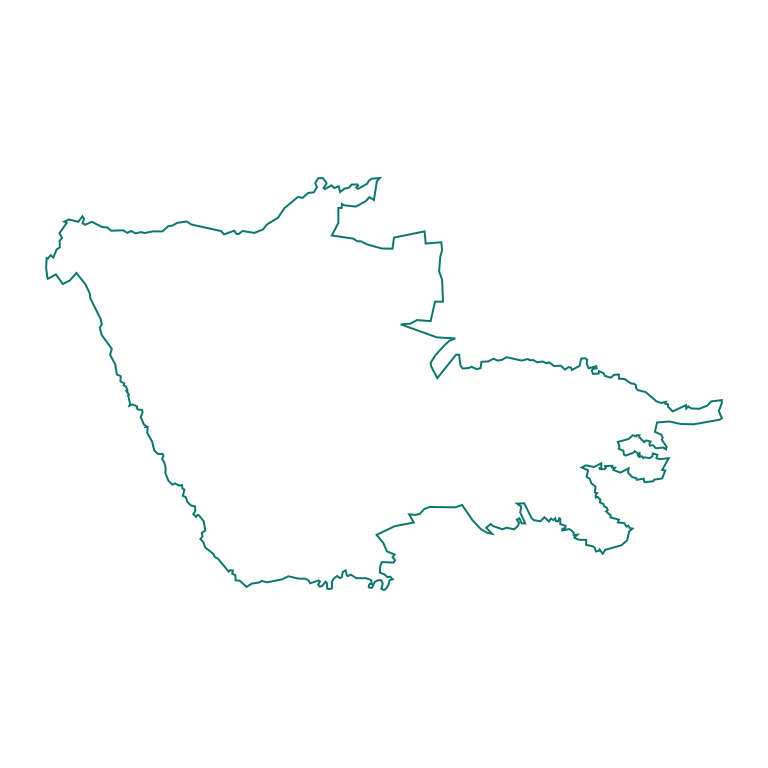 outline of Paso del Macho, Veracruz, Mexico
{"feature_id": "50627088B33800326968112", "entity_name": "Paso del Macho", "entity_type": "district", "adm_level": 2, "iso_a3": "MEX", "parent_name": "Mexico", "parent_adm1": "Veracruz", "projection": "albers", "projection_center": [-96.642, 18.948], "detail": "fine", "context": "isolated", "style": "outline", "palette": "teal", "viewbox_px": 768, "rotation_deg": 0, "n_neighbors": 0, "source": "geoboundaries", "source_scale": "gbopen_adm2", "svg_char_len": 6098}
<svg xmlns="http://www.w3.org/2000/svg" viewBox="0 0 768 768"><path d="M379.8,178.1L371.7,178.7L368.8,180.8L367.3,183.6L358.1,188.9L356.2,187.5L358.2,185.5L357.1,184.4L351.6,184.6L348.9,187.8L344.2,188.7L340.1,192.1L338.7,186.4L334.1,188.0L331.7,185.4L324.8,189.1L323.6,188.0L326.5,183.6L326.0,182.1L322.8,178.1L318.1,178.3L315.2,183.2L317.0,187.2L313.8,192.4L308.2,192.9L302.7,197.8L298.0,196.9L284.1,208.5L278.1,217.7L267.0,224.4L263.1,229.4L254.4,232.9L242.7,231.0L238.2,234.2L236.4,233.8L234.2,230.7L224.1,234.4L221.1,231.1L191.4,224.5L186.6,221.5L177.1,222.9L172.3,225.6L168.2,226.2L162.5,231.4L152.9,231.4L144.7,233.0L140.7,232.1L135.8,233.4L131.1,231.0L127.4,232.9L123.2,230.3L111.1,230.7L107.6,227.6L101.9,226.9L91.8,221.8L85.1,224.8L82.5,223.1L84.1,219.0L82.5,216.3L78.3,221.8L69.0,219.5L64.2,221.7L66.7,222.9L59.5,233.2L62.0,237.9L59.6,240.9L59.9,247.3L56.6,249.5L53.3,257.5L50.7,255.2L47.9,258.6L46.7,258.0L46.1,267.8L47.4,277.8L47.9,278.8L55.9,274.4L62.8,284.0L69.8,280.5L76.4,273.0L85.4,284.2L89.8,293.6L90.2,298.1L100.6,319.0L101.8,324.5L99.8,327.5L101.5,334.7L111.8,348.9L110.1,354.8L115.3,364.5L116.9,374.5L120.8,376.2L120.4,381.4L124.3,383.4L123.6,385.3L126.0,386.5L127.5,390.5L126.2,390.9L128.9,394.6L128.1,395.4L130.1,403.8L129.4,405.7L132.5,404.4L137.1,406.5L136.8,408.2L138.4,409.7L142.1,409.8L142.6,412.6L140.7,417.2L144.1,424.8L146.1,426.0L145.5,427.1L147.6,426.9L147.3,432.9L152.2,441.8L154.1,450.2L157.5,453.8L162.7,454.0L163.4,456.0L162.1,459.1L164.3,462.3L165.7,468.4L165.4,473.1L168.4,480.7L172.4,484.7L174.9,483.4L179.1,485.6L181.9,485.0L182.5,488.5L184.4,489.6L182.9,495.9L185.8,497.2L187.4,501.9L190.8,505.4L195.1,506.5L195.3,511.1L193.3,514.1L196.1,517.0L197.3,515.0L199.0,515.4L203.7,521.3L205.3,530.5L201.8,532.9L202.5,536.5L200.4,539.1L203.3,542.0L205.1,547.3L213.3,553.9L214.8,557.0L217.8,558.5L228.7,571.6L230.1,570.2L232.9,570.5L232.2,573.8L235.4,575.2L235.6,580.3L239.7,580.7L246.6,586.9L251.8,583.6L259.6,582.4L261.7,580.9L267.3,582.3L281.9,579.4L288.3,576.3L299.1,578.7L305.4,578.7L308.6,580.6L310.1,583.3L318.6,580.5L320.0,581.4L318.1,584.4L319.7,586.6L321.9,586.2L325.7,581.6L327.1,583.6L327.1,588.6L330.0,589.0L332.1,588.1L332.0,581.7L333.9,578.5L337.2,576.0L340.1,578.1L341.7,577.3L342.8,571.8L345.6,570.4L346.9,575.6L348.0,576.1L350.8,574.6L356.4,578.2L365.6,578.2L370.0,579.5L371.2,580.5L371.8,584.2L369.7,583.9L369.0,585.2L368.8,587.1L370.1,587.9L372.0,587.7L374.7,582.1L377.5,580.4L381.1,580.1L382.7,583.4L381.4,588.9L383.8,589.9L385.6,589.2L388.3,585.2L389.6,580.3L392.7,579.3L390.3,576.7L387.5,577.1L384.5,574.4L379.9,572.6L380.2,566.2L381.8,562.1L393.5,562.6L395.1,560.1L392.5,557.3L394.6,554.5L386.9,551.4L383.5,543.3L376.6,534.9L394.6,526.2L413.8,522.5L409.1,514.3L415.4,514.9L419.7,514.0L424.3,509.0L429.5,507.0L455.4,507.3L462.1,505.0L472.5,520.2L480.9,529.2L487.6,533.0L492.1,533.8L486.2,527.8L490.7,524.0L493.2,526.1L502.5,529.3L506.5,527.7L514.2,529.3L518.0,525.8L519.0,522.9L516.8,519.7L519.3,518.3L521.7,523.4L525.2,523.4L520.2,512.5L521.2,506.5L517.1,503.6L524.2,503.3L531.7,518.4L533.9,520.2L540.5,521.2L544.4,517.2L548.9,521.5L550.8,518.6L553.5,520.2L555.2,518.4L556.0,521.1L558.0,521.4L559.3,518.2L560.3,518.8L560.3,524.1L565.6,525.8L565.4,527.6L562.3,529.1L562.2,530.4L569.3,529.1L571.4,530.4L573.7,533.0L573.7,535.1L577.3,534.7L574.3,537.5L574.9,538.1L578.8,539.7L586.2,540.0L586.1,544.9L592.7,546.3L594.7,547.8L596.0,551.5L598.8,550.9L599.6,549.5L602.7,553.8L605.3,549.8L621.6,545.2L627.1,540.3L629.3,531.1L632.5,528.6L629.8,528.0L628.3,525.7L626.6,526.7L624.3,523.2L617.9,522.4L618.9,519.7L610.4,517.3L610.6,515.3L606.0,511.4L607.8,510.0L606.7,507.7L604.1,506.2L603.3,503.9L599.8,502.4L600.4,499.7L597.5,496.8L595.7,497.5L595.6,495.1L597.1,493.1L594.8,492.4L595.6,486.7L591.2,483.1L589.7,478.7L586.6,476.9L588.0,470.2L581.7,467.5L585.9,465.3L593.9,467.0L601.2,463.3L601.3,467.6L599.5,468.1L599.9,469.1L604.6,469.1L605.8,468.0L604.9,466.1L612.3,465.8L612.0,467.5L615.0,467.7L613.3,469.9L620.4,472.6L628.5,468.4L628.1,472.9L632.3,477.1L636.1,478.1L636.8,479.8L643.7,478.7L644.5,482.2L653.1,481.3L654.1,479.7L662.2,478.4L665.3,470.5L662.2,470.0L668.8,458.2L659.2,459.2L656.4,458.1L657.3,454.8L652.8,453.5L652.4,456.3L649.8,458.1L644.4,457.3L643.2,458.1L641.9,456.3L639.3,457.0L638.3,455.9L639.8,455.1L639.5,453.1L637.8,454.6L637.6,453.3L634.8,451.1L633.7,452.6L625.5,455.6L623.9,454.5L623.4,450.7L618.7,448.8L619.5,446.3L617.8,441.9L628.6,439.0L632.8,435.2L636.1,436.4L636.5,435.3L639.5,435.3L639.2,437.1L644.2,442.2L646.0,440.4L650.5,441.5L649.4,443.8L649.9,445.6L652.9,445.2L655.9,448.3L663.3,447.5L666.0,449.3L666.6,446.9L661.8,439.8L662.7,437.9L661.4,434.7L654.9,431.8L657.1,422.5L669.4,421.5L680.7,424.0L693.7,424.3L719.7,419.7L721.9,418.2L718.8,411.0L721.7,403.5L721.8,400.1L711.2,401.4L707.2,405.7L699.1,408.8L691.1,408.4L688.3,406.4L686.3,408.5L686.0,405.2L672.6,411.4L667.9,406.5L668.1,404.5L665.3,403.7L666.0,401.8L661.1,403.0L656.4,401.3L645.7,392.1L638.0,390.2L636.1,388.3L635.8,385.1L634.1,383.9L630.8,383.3L624.5,379.0L619.0,378.7L618.8,374.5L614.0,374.8L610.9,377.7L604.9,375.9L603.6,373.2L598.9,371.1L598.6,373.6L593.0,373.8L591.8,370.7L592.7,369.0L596.7,368.4L596.2,366.2L588.6,368.3L586.7,363.9L587.2,359.7L585.7,358.4L581.3,358.5L579.5,365.9L571.9,370.0L571.0,367.6L568.5,367.2L565.0,369.6L560.8,365.7L554.2,366.1L549.0,362.3L546.6,363.3L542.6,361.5L537.2,362.3L533.2,360.0L530.1,360.3L527.9,359.0L521.9,360.6L506.6,357.2L501.9,359.9L497.6,360.6L493.5,358.7L488.4,361.4L481.4,361.8L480.6,368.1L476.7,369.2L471.5,366.7L469.0,368.0L462.6,368.5L460.4,365.4L459.1,354.7L456.1,354.7L437.3,378.1L431.1,366.2L430.6,362.9L435.3,355.3L444.2,345.6L449.3,340.8L455.3,338.4L437.0,337.4L400.7,324.4L410.1,323.7L417.1,320.1L430.6,321.1L435.1,301.6L443.0,301.7L442.1,279.8L439.1,271.3L440.3,256.7L442.1,250.1L441.3,242.3L425.7,243.5L424.6,231.4L394.0,237.6L392.5,248.7L381.9,248.5L367.0,244.4L361.0,241.4L357.2,241.2L353.3,238.6L331.8,235.5L338.4,222.8L338.3,208.0L341.7,207.9L341.9,204.0L344.3,205.3L355.9,206.6L365.8,201.1L369.4,197.2L373.9,200.0L376.9,181.2L379.8,178.1Z" fill="none" stroke="#0f766e" stroke-width="2"/></svg>